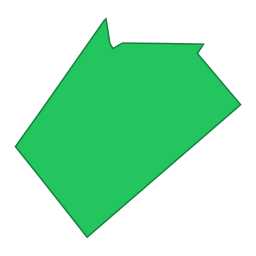 Wilson, Texas, United States of America (Robinson projection)
{"feature_id": "52423323B14345052331851", "entity_name": "Wilson", "entity_type": "district", "adm_level": 2, "iso_a3": "USA", "parent_name": "United States of America", "parent_adm1": "Texas", "projection": "robinson", "projection_center": [-98.109, 29.162], "detail": "fine", "context": "isolated", "style": "filled", "palette": "green", "viewbox_px": 256, "rotation_deg": 0, "n_neighbors": 0, "source": "geoboundaries", "source_scale": "gbopen_adm2", "svg_char_len": 299}
<svg xmlns="http://www.w3.org/2000/svg" viewBox="0 0 256 256"><path d="M15.4,146.6L40.7,178.2L87.1,237.2L152.1,181.1L240.6,104.7L197.4,53.5L203.5,44.2L165.1,43.5L122.4,43.1L113.0,48.5L109.9,43.5L106.0,18.8L104.2,20.5L42.0,109.3L15.4,146.6Z" fill="#22c55e" stroke="#15803d" stroke-width="1.5"/></svg>